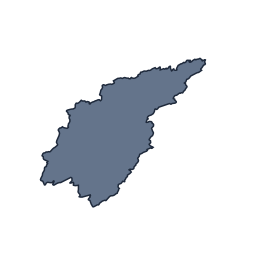 the border of Novgorod, rotated 328°
{"feature_id": "RUS-2334", "entity_name": "Novgorod", "entity_type": "Region", "adm_level": 1, "iso_a3": "RUS", "parent_name": "Russia", "parent_adm1": "", "projection": "natural_earth1", "projection_center": [32.749, 58.181], "detail": "fine", "context": "isolated", "style": "filled", "palette": "slate", "viewbox_px": 256, "rotation_deg": 328, "n_neighbors": 0, "source": "natural_earth", "source_scale": "10m", "svg_char_len": 5783}
<svg xmlns="http://www.w3.org/2000/svg" viewBox="0 0 256 256"><g transform="rotate(328 128 128)"><path d="M183.0,91.2L183.2,92.6L183.7,92.9L185.3,93.4L186.8,93.1L187.4,93.2L187.5,93.3L187.4,93.8L186.1,95.8L189.7,96.6L190.2,97.5L190.5,97.6L191.7,97.5L192.1,97.6L192.1,98.3L192.6,98.5L193.3,98.6L195.4,97.8L196.5,97.9L196.6,98.3L195.7,99.7L195.2,102.6L195.8,102.7L197.5,102.0L198.1,102.1L197.9,102.7L198.0,103.3L198.5,104.0L199.6,104.6L200.3,104.6L200.6,103.5L201.0,103.1L203.7,101.5L206.9,101.6L207.4,101.9L208.0,102.0L210.0,101.9L210.2,102.0L210.4,102.5L211.1,102.7L212.3,102.6L213.4,101.9L214.0,101.9L214.5,102.2L216.7,103.7L216.6,104.0L215.8,103.9L215.0,104.1L215.0,104.6L215.3,105.0L216.0,105.3L217.2,105.4L218.7,105.1L220.9,105.1L221.2,105.2L221.6,106.0L221.9,106.1L223.1,106.3L224.2,106.9L225.7,107.0L226.2,107.4L226.4,108.5L226.9,109.4L226.5,110.2L226.7,110.5L227.2,110.6L229.1,110.7L229.6,111.0L229.7,111.3L228.5,112.1L228.2,112.5L227.7,113.6L227.8,114.1L227.5,114.7L226.6,115.0L226.1,114.8L225.3,114.8L222.5,116.1L221.1,116.4L220.7,116.9L221.0,118.1L217.4,118.3L215.7,117.7L209.5,117.2L208.6,117.2L207.2,117.8L205.5,118.3L203.5,117.9L201.6,119.4L200.9,119.6L199.8,119.6L199.6,119.7L199.7,120.1L200.3,120.7L199.8,122.1L200.1,123.8L199.8,124.4L197.4,125.4L196.3,126.1L194.4,126.4L193.3,127.1L192.8,127.1L191.9,126.3L190.8,126.3L190.1,125.7L186.7,126.0L185.1,125.4L184.4,125.5L182.6,126.4L182.2,126.7L182.0,127.2L182.9,128.2L182.9,128.4L182.4,129.0L182.9,130.9L182.9,131.2L182.6,131.7L181.8,131.9L181.0,131.8L178.4,130.6L177.1,130.6L176.7,130.2L176.4,129.5L175.9,129.2L165.2,126.7L163.3,127.4L162.3,127.5L161.8,127.2L161.5,126.5L160.9,126.3L160.6,126.4L159.0,128.1L157.0,129.2L154.7,129.3L152.1,128.7L150.8,128.9L150.3,129.2L149.6,129.9L149.6,130.1L150.0,130.6L149.8,131.0L148.4,131.1L147.2,132.0L146.5,132.8L146.7,133.1L148.1,133.7L149.4,133.6L151.1,134.9L151.4,136.0L151.0,136.5L151.6,138.0L151.6,138.4L151.3,139.0L150.6,139.9L148.1,140.6L147.7,140.9L147.4,142.9L147.1,143.9L147.2,145.1L146.5,146.2L144.7,147.5L143.4,147.5L142.6,147.7L140.0,148.8L139.7,149.3L140.3,150.7L139.5,152.4L139.2,152.6L137.7,152.8L137.3,153.0L137.2,153.3L137.5,155.0L138.8,157.1L139.1,157.7L137.6,157.9L137.2,157.7L136.8,157.0L136.6,156.9L132.7,156.3L132.6,156.5L132.8,157.0L132.7,157.2L131.5,157.5L128.0,156.8L126.3,156.9L124.0,156.5L122.5,157.9L120.2,158.8L120.0,159.1L120.0,159.7L119.9,160.4L119.6,161.2L119.1,161.7L117.9,162.3L115.8,162.8L115.0,163.3L114.7,163.8L113.8,163.8L112.5,164.2L111.5,165.4L111.0,165.6L109.5,165.3L108.0,164.1L107.3,163.9L106.7,164.0L106.8,164.6L107.4,165.4L107.4,166.8L107.4,167.1L105.4,167.6L102.6,167.7L101.7,168.9L100.2,169.1L98.6,170.1L97.7,170.4L97.4,170.6L97.0,171.5L96.7,171.7L96.4,171.6L95.3,170.4L93.2,171.2L92.5,171.3L91.0,170.9L89.8,170.9L89.6,171.3L88.7,172.1L88.4,172.8L88.3,173.4L88.6,174.7L87.7,174.9L86.8,175.9L85.3,176.7L84.3,177.6L82.8,177.4L81.3,177.6L80.4,177.6L79.1,177.3L77.7,176.5L77.1,176.3L75.5,176.5L71.1,177.8L70.7,177.8L70.3,177.2L69.7,176.9L67.5,176.4L63.8,176.8L63.2,177.3L62.3,177.6L61.2,176.9L57.7,176.7L56.6,176.4L56.4,175.8L56.5,173.0L57.3,169.3L56.4,168.0L56.4,167.7L57.1,167.1L59.1,166.5L59.2,166.0L60.0,165.7L60.3,165.5L60.5,164.7L52.5,162.3L51.0,161.3L50.4,160.7L50.2,160.4L51.5,159.8L51.9,159.4L51.9,158.6L51.7,156.6L51.8,155.7L53.5,153.7L55.6,150.3L52.8,149.0L51.4,147.7L51.4,147.4L52.6,146.1L52.8,145.6L52.8,145.2L50.1,144.3L49.6,143.9L49.7,143.7L52.3,143.1L52.8,142.7L53.8,140.9L53.8,140.4L53.6,140.0L53.3,139.6L42.0,138.6L41.0,138.0L39.1,137.4L34.9,137.2L34.4,136.7L34.3,136.0L37.0,134.1L37.1,133.9L37.0,133.5L36.3,133.5L35.3,134.1L34.6,134.1L33.5,133.5L31.4,131.7L30.7,131.3L29.4,131.4L27.9,132.3L27.2,132.2L27.0,131.9L27.5,128.4L27.5,127.9L26.5,126.7L26.3,126.1L26.5,125.3L27.5,124.5L30.0,123.0L30.4,122.7L31.1,121.7L31.7,121.1L34.8,119.4L35.5,118.3L36.4,117.3L37.3,117.2L38.4,117.4L39.1,116.4L41.0,115.6L41.1,115.2L40.7,114.8L40.8,114.3L42.4,113.8L40.5,111.0L40.0,109.9L40.0,109.5L40.2,108.6L40.9,107.5L40.9,107.1L40.5,106.4L40.4,106.0L40.6,105.8L42.2,104.7L43.1,104.5L44.6,105.1L45.4,104.9L46.0,105.0L46.7,105.6L48.0,105.9L48.8,106.6L49.4,106.8L50.0,106.7L52.7,105.9L54.4,105.6L55.7,105.7L59.1,105.2L59.5,104.8L59.7,102.6L59.8,102.1L60.9,101.0L65.6,97.8L67.1,96.3L67.6,94.9L67.7,92.9L68.3,92.3L69.0,92.1L70.3,91.9L71.1,92.4L73.1,92.2L73.2,92.4L73.3,93.1L74.3,94.3L76.2,96.0L77.7,95.9L78.0,95.6L77.8,95.1L78.2,94.4L78.9,93.9L79.7,92.9L81.0,92.4L82.2,91.6L83.1,90.2L83.3,88.5L84.0,87.3L85.4,86.9L85.5,86.8L85.5,86.1L84.8,85.5L84.6,84.8L85.0,83.7L85.1,82.9L84.7,81.3L84.8,81.0L85.3,80.7L86.4,80.8L89.0,81.6L90.5,82.2L91.6,82.8L93.2,82.9L93.8,82.8L94.1,82.6L94.5,82.1L95.5,80.4L96.5,79.8L97.3,79.5L98.0,80.2L99.4,80.5L101.3,80.2L102.9,79.7L103.2,79.8L103.5,80.8L103.8,81.1L105.6,82.1L105.9,82.7L106.1,83.8L107.5,84.0L107.9,84.5L108.6,85.0L108.7,85.3L108.7,86.0L108.0,86.8L108.0,87.1L108.4,87.4L108.9,87.5L109.2,87.1L109.7,87.0L111.8,87.2L113.1,87.6L114.5,87.6L115.7,88.0L117.0,88.1L118.4,88.6L118.7,88.9L118.8,89.6L119.1,90.3L120.2,90.1L120.8,89.7L122.4,87.3L122.6,86.7L122.0,86.0L121.6,85.2L121.6,84.7L123.4,83.2L125.1,81.5L126.3,81.2L127.8,80.2L128.1,79.8L128.3,78.9L128.6,78.4L129.1,78.2L130.1,78.3L130.4,78.5L131.4,79.9L131.7,80.1L132.8,80.1L134.9,80.7L136.7,81.6L137.3,82.4L137.6,82.5L139.1,82.6L140.2,82.6L140.5,82.2L140.6,80.3L145.7,80.5L146.9,81.2L148.4,81.7L149.2,82.7L149.5,83.0L151.1,83.2L152.0,83.5L153.2,84.9L154.8,86.0L154.9,86.6L155.2,86.9L156.0,87.4L156.4,87.4L157.0,87.0L157.7,87.0L158.1,87.9L158.8,88.6L159.5,89.1L160.5,89.4L161.7,89.5L162.7,89.4L163.8,89.5L164.0,89.4L164.0,88.9L164.5,88.4L165.3,88.3L167.1,88.5L167.8,87.7L168.3,87.4L169.4,87.9L171.7,88.2L172.5,88.6L173.1,89.2L173.8,89.6L175.8,89.9L176.7,90.6L177.6,90.9L180.0,90.7L183.0,91.2Z" fill="#64748b" stroke="#1e293b" stroke-width="1.5"/></g></svg>